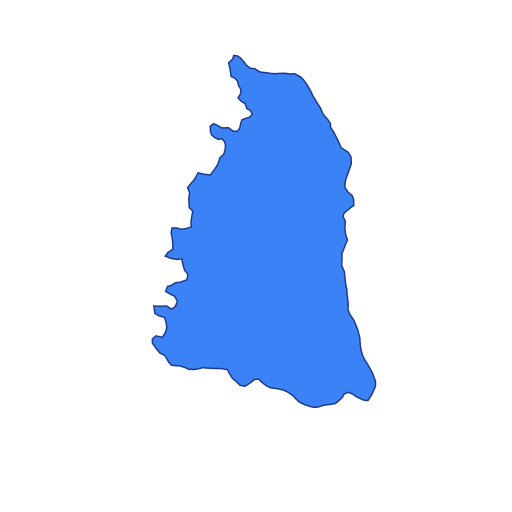 outline of Guará, São Paulo, Brazil, rotated 58°
{"feature_id": "56859067B28755744533037", "entity_name": "Guará", "entity_type": "district", "adm_level": 2, "iso_a3": "BRA", "parent_name": "Brazil", "parent_adm1": "São Paulo", "projection": "orthographic", "projection_center": [-47.789, -20.493], "detail": "fine", "context": "isolated", "style": "filled", "palette": "blue", "viewbox_px": 512, "rotation_deg": 58, "n_neighbors": 0, "source": "geoboundaries", "source_scale": "gbopen_adm2", "svg_char_len": 2796}
<svg xmlns="http://www.w3.org/2000/svg" viewBox="0 0 512 512"><g transform="rotate(58 256 256)"><path d="M437.9,237.7L434.7,230.9L432.5,227.6L429.7,223.7L425.5,221.0L421.7,220.3L417.2,219.3L412.1,218.9L400.5,218.7L396.5,218.3L391.3,216.7L387.0,214.9L380.3,211.3L372.1,208.7L362.6,207.1L354.3,207.3L349.9,206.3L346.8,204.0L342.1,201.5L337.6,199.5L332.2,196.6L327.3,194.9L321.6,192.1L316.5,189.5L309.2,188.3L304.9,185.2L299.5,181.8L293.1,173.2L290.8,169.9L286.6,169.0L283.2,167.7L278.9,165.6L274.2,161.9L268.4,161.2L266.2,158.3L265.2,150.5L264.9,146.2L259.6,143.2L255.9,142.4L250.1,144.2L244.7,144.2L239.6,140.4L236.3,136.4L233.9,133.2L231.3,130.0L228.2,126.2L222.0,122.8L216.6,123.0L209.2,126.4L202.6,125.4L191.5,124.4L186.4,124.6L183.4,122.8L178.6,122.8L174.6,123.5L170.3,123.9L164.9,122.9L158.5,123.0L150.1,122.9L144.4,122.1L137.9,122.0L132.0,122.4L127.6,123.3L122.0,126.6L119.3,131.2L117.0,133.8L114.3,138.1L111.2,143.7L108.6,147.2L105.6,150.7L102.0,155.2L96.5,157.8L93.8,161.3L89.2,163.0L85.2,163.4L79.9,164.1L76.4,165.8L74.1,168.6L76.7,171.5L77.5,176.8L83.4,178.8L87.1,180.4L90.6,182.0L93.6,179.8L97.4,179.0L103.0,180.6L106.5,180.5L109.9,182.6L112.5,187.5L117.3,186.4L120.9,184.5L126.4,185.6L129.4,183.7L134.0,184.0L134.8,188.3L133.7,192.1L133.1,195.8L135.6,198.9L138.9,201.9L140.4,205.9L137.8,209.3L132.7,211.3L129.3,217.1L124.4,219.7L121.3,221.9L121.7,226.1L126.0,228.5L129.5,229.5L133.7,228.3L137.0,226.3L138.6,222.7L142.3,222.1L145.8,223.1L148.8,225.3L152.6,229.3L153.5,234.4L158.0,239.8L160.5,245.1L163.1,251.8L158.9,257.0L154.8,261.0L156.9,264.6L158.6,268.0L160.0,272.7L161.7,277.8L167.2,278.8L171.7,282.6L179.7,287.0L184.4,285.8L189.4,290.4L193.0,293.3L197.1,295.5L195.2,302.1L193.4,305.6L190.4,308.2L187.7,312.3L191.1,315.5L194.7,316.9L201.0,319.7L206.3,323.1L206.3,328.7L208.0,333.0L212.5,329.8L217.0,324.9L219.0,320.5L225.6,322.9L230.4,324.1L235.3,323.5L239.6,327.0L238.1,334.1L236.1,338.1L236.0,343.5L235.0,347.1L238.2,351.5L242.5,349.1L247.1,346.3L252.9,346.7L256.2,351.3L256.2,355.9L251.0,358.3L249.1,361.7L246.8,365.6L244.2,369.1L251.1,372.2L255.4,369.9L259.6,366.1L264.8,367.5L269.6,369.7L273.0,373.5L275.3,378.6L270.7,383.2L271.4,387.8L275.0,390.0L282.2,389.6L287.3,389.0L292.2,386.0L299.8,386.3L303.9,385.4L306.4,382.3L308.6,379.0L312.3,375.8L316.4,373.0L319.6,368.5L321.3,364.2L322.4,360.4L324.9,357.2L329.7,350.3L333.1,345.0L337.3,340.4L341.7,340.8L347.5,340.8L351.5,339.4L357.2,338.0L360.6,334.4L360.6,328.8L360.0,322.4L361.9,318.8L365.5,318.2L371.5,316.0L375.5,313.5L380.0,308.0L384.0,304.0L387.9,301.4L393.0,299.0L401.6,297.1L405.1,295.4L408.6,293.0L414.1,288.2L416.7,284.2L418.6,277.2L421.4,271.2L423.2,266.9L421.9,258.2L419.8,254.5L420.3,250.3L424.1,247.3L428.4,245.5L431.9,243.3L435.3,241.0L437.9,237.7Z" fill="#3b82f6" stroke="#1e3a8a" stroke-width="1.5"/></g></svg>